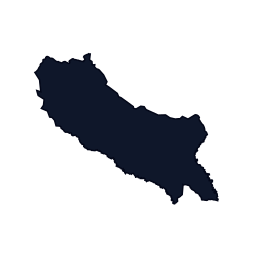 Jordão, Acre, Brazil, rotated 101°
{"feature_id": "56859067B10244849047015", "entity_name": "Jordão", "entity_type": "district", "adm_level": 2, "iso_a3": "BRA", "parent_name": "Brazil", "parent_adm1": "Acre", "projection": "natural_earth1", "projection_center": [-71.804, -9.222], "detail": "fine", "context": "isolated", "style": "filled", "palette": "ink", "viewbox_px": 256, "rotation_deg": 101, "n_neighbors": 0, "source": "geoboundaries", "source_scale": "gbopen_adm2", "svg_char_len": 5830}
<svg xmlns="http://www.w3.org/2000/svg" viewBox="0 0 256 256"><g transform="rotate(101 128 128)"><path d="M193.5,67.7L192.5,67.3L192.2,66.6L191.6,66.3L190.6,65.4L189.5,65.6L188.8,66.0L188.0,65.9L187.3,66.1L186.7,65.7L186.2,64.7L185.0,63.5L184.3,63.2L183.8,62.6L183.0,62.1L173.0,63.2L173.3,62.5L172.6,61.2L172.6,59.7L172.9,56.7L173.4,56.1L174.7,55.4L174.9,54.7L175.4,54.5L176.1,53.5L176.9,50.8L178.6,49.0L178.7,48.5L178.4,48.0L179.7,45.2L180.7,44.9L180.9,44.3L181.7,43.6L182.3,42.6L182.9,42.6L184.4,42.0L184.4,41.3L184.1,40.0L184.2,39.6L184.0,36.9L183.8,36.5L183.5,36.0L182.9,35.7L182.5,35.1L182.6,33.7L182.0,32.5L182.1,32.0L181.9,31.4L182.2,30.8L182.0,28.7L182.2,26.1L181.3,26.2L180.7,26.0L180.5,26.7L179.4,27.7L178.8,27.5L178.2,27.0L177.6,27.4L175.8,27.9L175.0,28.5L175.5,30.6L174.9,31.2L174.5,31.3L174.0,31.0L174.4,30.4L174.1,29.4L173.5,29.0L173.0,29.9L171.6,30.9L171.9,31.7L172.8,33.1L172.3,33.5L171.2,32.9L170.5,32.9L170.0,33.2L169.6,34.5L168.9,34.8L168.4,34.2L167.9,34.4L167.3,34.9L166.5,36.2L166.0,36.2L164.7,34.9L164.2,35.1L163.4,35.1L163.0,35.6L163.2,36.5L163.5,37.1L164.0,37.4L164.2,38.2L163.4,38.5L162.8,38.1L161.6,38.6L161.4,40.4L160.3,40.0L159.3,40.6L158.7,40.1L158.4,39.2L157.7,39.4L157.6,39.9L157.8,40.9L157.7,41.5L158.2,42.0L158.2,42.5L157.6,42.4L157.4,43.6L157.0,43.9L156.5,43.7L156.1,43.9L156.0,44.9L154.4,44.7L154.1,46.4L153.0,46.3L152.6,46.5L152.4,47.2L152.5,48.0L152.7,48.6L150.7,49.9L150.4,50.4L150.6,51.7L150.5,52.6L150.1,53.1L148.8,54.0L147.9,55.3L147.5,55.5L147.2,54.9L147.3,54.3L147.0,53.7L146.4,53.7L145.6,54.0L145.8,54.7L145.9,55.6L145.3,56.3L143.2,56.8L142.8,57.3L142.0,57.6L140.7,57.1L140.4,57.8L139.3,57.3L138.8,56.8L137.9,57.4L137.3,56.7L137.6,56.1L137.3,55.6L136.7,55.5L136.3,56.1L135.8,56.6L135.4,56.1L134.7,56.1L133.9,55.7L132.9,54.7L131.6,54.5L130.9,54.9L130.5,54.5L130.4,54.0L130.0,53.7L128.8,54.0L128.3,53.8L128.4,52.9L127.8,52.7L127.1,51.1L126.7,51.0L126.3,51.5L125.8,51.7L125.5,51.1L125.0,51.3L124.7,50.8L123.6,50.4L122.7,50.7L122.2,50.0L121.8,50.2L120.3,49.9L119.8,49.2L119.3,48.9L117.2,50.2L116.0,52.3L115.6,52.5L115.1,52.4L114.2,52.6L113.9,53.0L113.2,53.1L111.8,54.0L110.6,55.0L110.3,55.7L109.2,57.1L108.7,57.4L107.9,58.4L107.4,58.6L106.3,59.8L105.4,60.2L104.0,60.0L102.8,61.2L102.2,62.5L102.1,63.7L102.3,64.7L107.8,70.8L106.3,76.8L109.0,78.7L109.3,80.3L110.2,83.3L110.0,88.9L108.0,93.6L109.6,100.8L106.5,113.8L104.0,116.2L104.2,119.6L107.8,123.7L107.6,126.4L106.0,126.9L99.6,140.6L99.1,143.2L96.1,145.1L91.7,154.1L89.9,158.4L86.6,157.5L80.6,162.1L76.5,167.4L76.0,168.9L76.1,170.1L74.4,172.6L72.2,172.7L72.9,175.1L69.6,176.1L68.8,178.2L68.1,178.8L62.6,179.2L62.8,179.9L62.5,180.6L62.9,181.1L63.3,181.0L63.7,182.3L65.0,184.1L66.0,185.0L66.8,185.1L67.0,184.6L68.3,183.9L68.7,183.3L70.2,183.7L70.7,184.6L71.2,184.5L71.4,185.9L71.2,187.5L71.3,188.2L71.0,189.4L71.1,191.1L70.9,192.4L71.1,193.6L70.5,195.2L70.9,196.0L73.2,198.3L74.0,198.4L74.2,197.8L74.9,197.7L75.6,197.8L75.9,198.6L75.1,201.7L74.8,202.3L74.9,202.9L75.1,203.5L75.7,204.3L76.2,204.9L76.9,205.3L76.4,208.3L76.1,208.9L76.4,210.0L76.2,211.6L74.2,215.1L74.1,216.2L74.5,217.5L73.5,219.4L73.2,220.5L73.5,221.6L74.6,222.2L75.4,222.1L76.1,222.4L76.6,223.6L77.2,224.4L79.4,224.1L80.8,225.0L81.8,226.0L82.6,226.2L83.8,226.0L86.0,227.0L87.8,227.4L90.4,229.0L91.2,230.0L97.6,224.0L109.1,220.5L108.6,224.7L113.2,222.4L115.8,215.8L121.8,215.3L125.3,216.8L126.7,210.3L132.2,207.0L132.1,204.5L134.4,201.6L139.6,199.0L139.1,195.3L139.8,193.9L140.7,193.8L141.2,193.2L141.4,192.5L141.8,192.0L142.2,190.9L143.0,190.4L144.0,188.8L143.9,187.9L143.6,187.0L143.9,185.3L144.3,184.6L143.7,183.2L144.0,182.5L144.6,182.5L145.7,181.8L146.0,181.0L145.9,180.3L144.9,178.2L145.2,177.6L146.1,176.9L146.4,175.7L146.4,174.8L146.7,174.3L147.1,174.1L148.2,174.1L149.1,173.3L150.3,172.7L151.3,171.9L151.7,171.4L151.8,170.6L152.8,170.0L152.6,168.5L153.0,168.3L153.3,167.8L154.0,168.0L154.7,167.9L154.8,167.0L155.2,166.9L155.6,166.5L155.6,165.7L155.9,165.2L155.8,164.5L156.4,164.1L156.9,163.2L156.6,162.6L156.6,162.1L156.3,161.7L156.6,161.1L156.5,160.2L156.9,159.4L156.7,158.5L156.6,156.7L156.4,155.8L155.8,155.4L155.5,154.9L155.8,154.4L155.4,153.9L155.9,153.7L155.9,152.8L156.3,151.9L155.7,151.5L156.9,149.5L157.6,149.3L157.5,148.8L157.9,147.1L157.6,146.5L157.9,144.8L158.6,143.2L159.8,142.8L159.6,142.3L160.2,141.9L160.6,141.2L160.9,139.8L161.2,139.1L161.3,138.2L160.7,138.1L160.6,137.4L160.0,137.0L161.0,135.6L161.6,135.9L162.4,134.7L163.0,134.5L163.5,134.8L163.9,134.4L164.4,134.3L164.6,133.7L164.6,133.0L165.1,132.5L166.8,132.2L166.7,131.0L167.0,130.6L167.7,130.6L167.9,131.0L168.1,129.5L168.5,128.7L168.7,127.2L169.3,127.0L169.3,125.5L169.0,125.1L169.6,125.0L169.9,123.8L170.3,123.9L170.7,125.0L171.2,124.6L171.3,123.8L171.0,123.3L172.5,122.6L173.3,121.7L172.2,121.2L171.9,120.7L172.3,119.5L172.3,118.4L172.9,117.8L172.4,116.6L172.7,115.9L172.1,115.7L171.6,114.0L174.2,111.3L174.8,111.1L174.6,110.6L174.0,110.3L173.9,109.6L173.3,109.2L174.6,108.7L174.8,107.3L174.9,105.8L174.2,105.4L174.5,104.8L175.0,105.2L174.9,104.6L174.6,104.2L174.8,103.6L174.1,103.0L174.4,102.2L174.8,101.8L175.0,101.4L176.1,101.4L176.1,100.7L176.5,100.0L176.9,99.7L176.3,99.3L176.4,98.7L176.0,98.3L175.9,97.6L175.5,97.1L175.3,96.6L175.5,95.9L175.9,95.1L175.7,94.4L176.2,93.7L176.1,92.7L176.6,92.3L176.5,91.3L176.8,90.2L177.3,90.3L177.6,89.9L177.8,89.4L177.7,88.5L178.1,88.0L178.3,87.3L177.7,86.4L178.2,85.9L178.9,85.7L179.5,84.6L180.0,84.9L180.3,84.3L180.0,83.6L180.4,82.6L179.7,82.4L179.5,81.8L180.8,79.9L181.3,78.9L181.9,79.0L182.3,78.4L183.0,78.7L183.6,78.3L183.6,77.0L184.1,76.7L184.6,77.4L185.1,77.3L185.6,75.6L185.4,75.1L185.8,74.6L186.1,73.7L186.6,73.3L186.6,72.4L188.0,72.3L188.4,71.5L189.1,71.5L189.5,71.7L189.8,71.0L190.6,71.5L190.9,71.0L190.7,70.2L191.6,69.5L191.7,69.0L192.9,69.7L193.3,69.5L193.5,68.9L193.5,67.7Z" fill="#0f172a" stroke="#020617" stroke-width="1.5"/></g></svg>